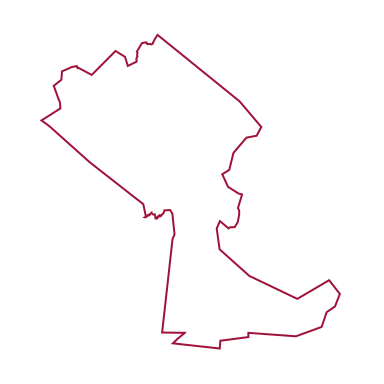 Craven, North Carolina, United States of America (Equal Earth projection), rotated 5°
{"feature_id": "52423323B69937594660811", "entity_name": "Craven", "entity_type": "district", "adm_level": 2, "iso_a3": "USA", "parent_name": "United States of America", "parent_adm1": "North Carolina", "projection": "equal_earth", "projection_center": [-77.135, 35.114], "detail": "fine", "context": "isolated", "style": "outline", "palette": "rose", "viewbox_px": 384, "rotation_deg": 5, "n_neighbors": 0, "source": "geoboundaries", "source_scale": "gbopen_adm2", "svg_char_len": 2247}
<svg xmlns="http://www.w3.org/2000/svg" viewBox="0 0 384 384"><g transform="rotate(5 192 192)"><path d="M186.2,344.4L193.8,344.6L233.3,345.5L233.2,337.7L260.8,331.6L260.4,327.4L308.1,326.7L332.9,315.1L336.6,300.0L344.4,293.6L348.2,280.7L336.3,267.9L306.2,289.3L256.4,270.6L224.5,246.7L219.8,226.2L221.4,221.4L222.4,218.6L231.7,225.1L233.0,223.8L237.6,223.3L240.2,218.0L241.0,210.3L240.6,206.4L239.2,203.9L242.1,190.1L238.4,189.4L227.5,183.8L220.6,171.7L227.2,166.7L229.9,149.4L241.5,133.1L251.5,130.3L255.4,121.2L248.8,114.7L233.7,99.7L231.4,97.5L144.0,38.5L141.8,42.6L140.1,46.7L140.1,47.5L139.0,48.5L137.3,48.2L135.6,48.6L134.0,48.2L133.9,47.2L133.1,46.9L129.1,48.1L124.8,57.1L125.4,57.7L125.6,58.8L125.3,60.0L125.9,62.0L125.3,62.7L124.9,64.6L125.4,65.3L125.4,67.0L117.1,72.0L113.5,63.2L103.5,58.2L81.9,84.1L67.3,77.9L67.1,78.3L66.5,77.7L66.2,76.6L60.6,78.2L59.7,79.0L52.0,83.1L52.1,91.5L45.0,98.3L51.2,111.6L51.8,112.5L52.8,114.9L53.6,120.2L35.8,133.8L44.2,138.9L87.0,170.9L88.0,171.6L136.4,203.1L144.5,208.3L148.3,220.6L147.2,221.3L147.6,221.4L149.8,219.8L150.3,218.6L150.8,218.5L151.2,219.0L151.8,218.6L152.1,217.5L152.5,217.3L153.5,216.2L153.6,216.6L154.8,217.6L155.4,217.8L156.9,217.5L158.0,221.6L159.5,221.6L159.4,221.6L159.3,221.4L159.2,221.4L159.1,221.2L158.9,221.2L158.9,220.9L159.0,220.7L159.3,220.7L159.5,220.8L159.5,220.7L159.7,220.8L159.8,220.8L159.8,220.7L160.0,220.6L160.1,220.4L160.2,220.2L160.3,220.1L160.3,219.9L160.4,219.7L160.4,219.4L160.5,219.3L160.5,219.2L160.6,218.9L160.8,218.8L160.8,218.7L161.0,218.6L161.2,218.4L161.3,218.3L161.5,218.2L161.8,218.0L162.0,217.9L162.3,217.9L162.5,217.9L162.6,218.0L162.8,218.3L162.8,218.5L162.9,218.4L163.0,218.3L163.3,218.3L163.3,218.2L163.4,217.9L163.5,217.8L163.6,217.6L163.9,217.4L164.0,217.3L164.1,217.2L164.3,217.0L164.3,216.9L164.5,216.7L164.6,216.4L164.8,216.3L164.8,216.2L165.0,215.9L165.2,215.7L165.3,215.6L165.4,215.4L165.5,215.4L165.6,215.2L165.7,214.9L165.7,214.7L165.7,214.4L165.7,214.2L165.8,213.9L165.9,213.7L166.0,213.6L166.0,213.4L166.1,213.2L166.2,212.9L166.2,212.7L166.3,212.7L171.8,211.9L174.3,215.2L178.3,235.7L176.7,240.6L174.9,317.1L174.7,323.4L174.5,334.6L197.1,332.9L197.0,333.1L190.7,339.2L186.2,344.4Z" fill="none" stroke="#9f1239" stroke-width="2"/></g></svg>